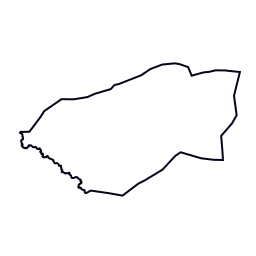 Norovlin, Hentiy, Mongolia, rotated 275°
{"feature_id": "93677404B9718982388588", "entity_name": "Norovlin", "entity_type": "district", "adm_level": 2, "iso_a3": "MNG", "parent_name": "Mongolia", "parent_adm1": "Hentiy", "projection": "mercator", "projection_center": [111.78, 48.583], "detail": "fine", "context": "isolated", "style": "outline", "palette": "ink", "viewbox_px": 256, "rotation_deg": 275, "n_neighbors": 0, "source": "geoboundaries", "source_scale": "gbopen_adm2", "svg_char_len": 4623}
<svg xmlns="http://www.w3.org/2000/svg" viewBox="0 0 256 256"><g transform="rotate(275 128 128)"><path d="M104.4,225.4L113.6,224.0L128.3,221.5L141.6,231.2L150.2,235.1L169.4,230.8L193.5,234.6L193.8,219.6L193.1,210.3L191.0,203.9L190.0,198.5L185.7,186.9L193.9,182.6L196.1,173.9L196.5,169.1L194.2,156.6L188.7,145.2L181.6,136.4L172.8,118.6L171.2,115.6L169.6,110.7L165.3,107.5L159.3,92.2L155.3,85.0L151.9,71.7L150.9,59.2L137.6,43.1L130.9,39.6L115.7,30.1L114.7,21.3L114.1,20.9L113.8,20.9L113.6,21.0L113.3,21.3L113.2,21.7L113.2,22.1L113.2,22.5L113.2,22.8L113.0,23.0L112.6,23.2L112.1,23.4L111.7,23.5L111.3,23.5L110.7,23.5L110.4,23.6L110.0,23.8L109.8,23.9L109.6,24.2L109.3,24.2L108.7,24.3L108.3,24.4L108.1,24.3L107.9,24.4L107.7,24.3L107.5,24.2L107.3,23.9L107.1,23.3L106.9,23.0L106.5,22.8L106.2,22.7L105.9,22.6L105.6,22.7L105.4,22.8L104.8,23.0L104.4,23.2L104.1,23.2L103.2,23.6L102.9,23.9L102.7,24.2L102.6,24.4L102.4,24.4L102.1,24.4L101.9,24.3L101.7,24.2L101.6,23.8L101.5,23.6L101.4,23.6L101.2,23.6L101.1,23.8L101.0,24.3L100.9,24.4L100.4,24.6L99.8,24.7L99.6,24.9L99.5,25.2L99.4,25.7L99.4,25.9L99.3,26.0L99.2,26.1L99.0,26.3L98.9,26.8L98.9,27.0L99.0,27.2L99.1,27.5L99.3,27.9L99.3,28.0L99.2,28.2L99.1,28.3L99.0,28.6L99.0,28.8L99.1,29.0L99.3,29.1L99.5,29.3L100.1,29.6L100.3,29.8L100.4,30.0L100.6,30.4L100.7,30.5L100.9,30.6L101.0,30.6L101.4,30.4L101.6,30.4L101.9,30.5L102.0,30.7L102.1,30.9L102.1,31.3L102.1,31.7L102.2,32.0L102.3,32.7L102.3,32.8L102.2,33.0L101.8,33.2L101.7,33.6L101.4,34.0L100.8,34.8L100.7,35.1L100.7,35.3L100.7,35.6L100.7,35.9L100.9,36.6L100.9,36.8L101.0,37.0L100.9,37.2L100.7,37.3L100.7,37.5L100.7,37.9L100.8,38.1L100.7,38.2L100.6,38.4L100.4,38.6L100.0,38.8L99.6,39.0L99.4,39.2L99.3,39.6L99.3,39.9L99.3,40.3L99.3,40.8L99.3,41.0L99.6,41.2L99.8,41.3L99.9,41.7L99.9,41.8L99.7,42.0L99.4,42.2L99.1,42.4L98.8,42.8L98.2,43.2L98.0,43.4L97.7,43.5L97.3,43.4L97.2,43.3L97.0,42.8L96.9,42.7L96.7,42.7L96.4,42.8L96.3,43.0L96.3,43.4L96.2,43.5L96.0,43.8L95.8,43.8L95.6,43.8L95.1,43.8L94.9,43.9L94.6,44.1L94.7,44.4L94.7,44.6L94.7,44.8L94.7,45.2L94.8,45.4L94.7,45.5L94.3,45.6L94.1,45.6L93.9,45.6L93.6,45.7L93.3,45.7L93.1,45.6L92.9,45.5L92.7,45.3L92.2,45.3L91.9,45.5L91.7,45.8L91.5,46.1L91.4,46.3L91.4,46.5L91.4,46.9L91.5,47.1L91.7,47.4L91.8,47.5L91.8,47.8L91.8,48.0L91.8,48.5L91.8,48.8L91.8,49.0L92.1,49.2L92.5,49.3L92.7,49.5L92.8,49.6L92.9,49.8L93.0,49.9L93.0,50.3L93.0,50.5L92.9,50.6L92.7,50.7L92.0,51.1L91.5,51.3L91.4,51.5L91.3,51.8L91.1,52.1L90.7,52.8L90.6,53.1L90.6,53.4L90.5,53.6L90.5,53.8L90.3,54.4L90.2,54.7L89.9,55.3L89.8,55.5L89.7,55.7L89.7,56.0L89.4,56.4L89.3,56.5L89.1,56.5L88.8,56.5L88.7,56.6L88.4,56.8L88.2,57.0L87.7,57.2L87.0,57.6L86.7,57.9L86.6,58.0L86.5,58.4L86.6,58.5L86.6,58.8L86.6,59.0L86.8,60.0L86.8,60.6L86.6,60.9L86.1,61.6L85.7,62.0L85.0,62.2L84.6,62.4L84.4,62.6L84.4,62.8L84.4,63.0L84.5,63.2L84.6,64.0L84.5,64.4L84.4,64.5L84.2,64.7L83.5,64.6L83.1,64.6L82.8,64.7L82.7,64.9L82.5,65.0L82.2,65.2L81.8,65.3L81.4,65.2L81.2,65.2L80.9,65.3L80.8,65.5L80.7,65.8L80.5,66.0L80.2,66.2L79.8,66.0L79.6,65.9L79.4,65.8L78.7,65.8L78.4,65.9L78.3,66.0L78.7,66.4L78.7,66.6L78.7,66.8L78.6,67.0L78.0,67.9L77.9,68.2L77.6,68.7L77.4,69.0L77.2,69.5L77.4,69.7L77.7,70.2L77.7,70.3L77.8,70.5L77.7,71.1L77.6,71.4L77.6,71.7L77.6,71.9L77.6,72.0L77.8,72.3L78.0,72.5L78.2,72.9L78.2,73.0L78.2,73.5L78.0,73.8L77.9,73.8L77.7,73.8L77.5,73.7L77.1,73.5L76.9,73.6L76.7,73.7L76.1,74.7L75.9,75.0L75.6,75.4L75.4,75.5L74.8,75.6L74.4,75.8L73.8,76.1L73.6,76.3L73.4,76.6L73.4,76.9L73.4,77.3L73.4,77.6L73.5,78.3L73.8,78.9L74.1,79.3L74.4,79.9L74.5,80.4L74.6,80.7L74.6,80.8L74.6,81.0L74.6,81.3L74.4,81.4L74.4,81.5L74.2,81.8L74.0,82.3L73.9,82.6L73.5,82.8L73.3,83.1L72.9,83.4L72.7,83.6L72.5,83.8L72.4,83.8L72.6,83.9L72.7,84.0L72.7,84.7L72.6,84.9L72.5,85.0L72.3,85.2L72.2,85.2L71.6,85.1L71.3,85.0L71.0,85.2L70.9,85.3L71.0,85.4L71.0,85.7L71.0,85.8L71.0,86.0L70.9,86.1L70.7,86.1L70.4,86.1L70.2,86.2L70.0,86.3L69.8,86.4L69.6,86.4L69.4,86.4L69.2,86.3L69.1,86.1L68.9,86.0L68.7,86.0L68.6,85.9L68.5,85.7L68.4,85.6L68.4,85.3L68.4,85.2L68.2,84.8L67.6,84.3L67.4,84.1L67.2,83.9L66.9,83.9L66.6,83.9L66.4,84.0L66.1,84.0L65.9,84.0L65.6,83.9L65.2,83.6L64.9,83.6L64.7,83.7L64.4,83.9L64.2,84.2L64.1,84.3L64.1,84.5L64.2,84.8L64.2,85.0L64.4,85.3L64.5,85.6L64.5,85.8L64.4,85.9L64.1,86.2L63.7,86.6L63.2,86.9L62.9,87.3L62.7,87.6L62.6,87.8L62.6,88.2L62.6,88.4L62.4,89.0L62.4,89.3L62.4,89.5L62.3,89.9L62.2,90.1L61.9,90.3L61.4,90.3L61.1,90.3L60.8,90.3L60.7,90.4L59.9,90.8L59.6,91.1L59.5,91.3L59.5,91.7L59.5,92.0L62.4,96.4L61.4,114.3L60.2,128.5L73.2,142.8L77.1,149.0L89.5,166.0L104.3,177.5L108.4,182.5L104.2,203.5L103.8,216.2L104.4,225.4Z" fill="none" stroke="#020617" stroke-width="2"/></g></svg>